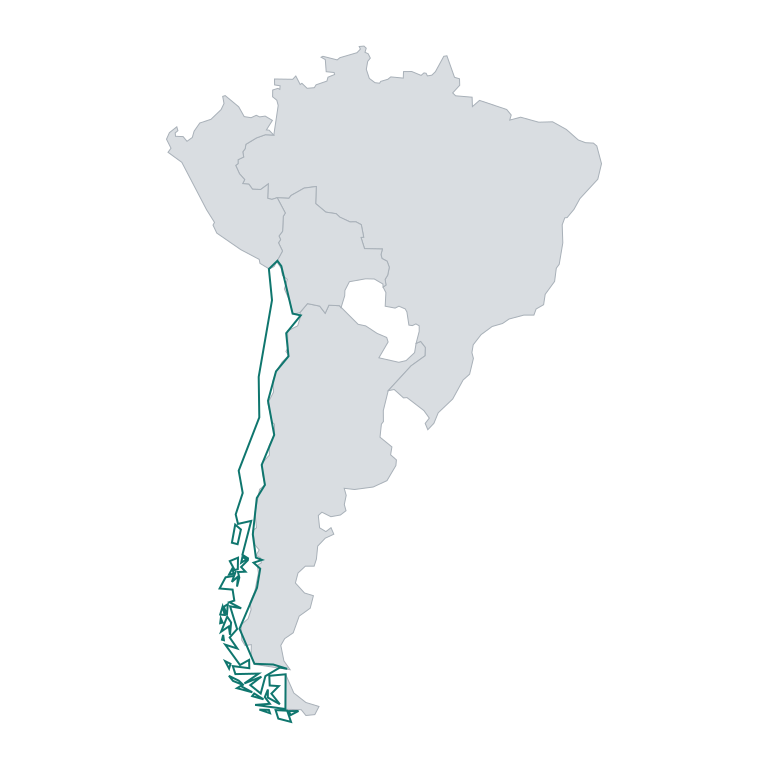 Chile highlighted among its neighbors
{"feature_id": "CHL", "entity_name": "Chile", "entity_type": "country or territory", "adm_level": 0, "iso_a3": "CHL", "parent_name": "South America", "parent_adm1": "", "projection": "mercator", "projection_center": [-72.304, -36.699], "detail": "medium", "context": "with_neighbors", "style": "outline", "palette": "teal", "viewbox_px": 768, "rotation_deg": 0, "n_neighbors": 4, "source": "natural_earth", "source_scale": "50m", "svg_char_len": 6874}
<svg xmlns="http://www.w3.org/2000/svg" viewBox="0 0 768 768"><path d="M285.5,674.1L293.8,693.0L305.9,702.5L319.0,706.5L314.8,714.6L305.9,715.5L301.2,709.7L285.6,709.3L285.5,674.1ZM388.2,390.7L383.3,410.6L383.4,421.6L381.4,424.1L380.0,437.2L391.9,446.9L390.6,454.8L396.4,459.9L395.9,465.5L387.0,480.6L373.2,487.0L354.5,489.5L344.2,488.3L346.2,495.4L344.3,504.5L346.0,510.7L340.4,515.0L330.9,516.7L321.9,512.2L318.3,515.5L319.6,527.8L325.9,531.6L331.0,527.7L333.8,534.2L325.2,538.2L317.7,546.1L316.4,559.1L314.1,566.2L305.3,566.2L298.0,573.0L295.4,583.0L304.5,593.0L313.4,595.7L310.2,608.2L299.2,616.1L293.2,632.8L284.7,638.6L280.8,645.4L283.9,660.9L290.1,669.7L255.0,664.5L251.1,655.7L251.3,644.6L245.1,645.6L241.8,640.2L241.0,624.9L248.1,618.7L251.1,609.7L250.0,602.7L254.9,590.9L258.4,573.1L257.4,565.3L261.4,562.8L260.4,557.9L256.1,555.3L259.2,549.9L255.0,545.0L252.8,530.3L256.5,527.8L255.0,512.6L259.6,489.3L265.2,485.0L262.4,473.4L262.4,462.7L269.4,455.1L269.2,445.6L274.5,434.5L274.5,424.2L272.1,422.2L267.8,403.1L273.6,392.0L272.7,381.6L276.0,371.9L282.1,362.0L288.7,355.5L285.9,351.4L287.9,348.0L287.6,330.9L297.7,325.8L300.9,315.2L299.8,312.7L307.5,303.6L319.7,306.1L325.2,313.3L328.9,305.2L339.5,305.7L358.1,324.3L365.7,325.9L377.1,333.4L386.7,337.5L388.1,342.0L378.9,357.8L398.8,362.3L406.1,360.6L414.6,352.6L416.1,343.4L420.7,341.4L425.4,347.4L425.2,355.7L411.1,365.8L388.2,390.7Z" fill="#d9dde1" stroke="#a8b0b8" stroke-width="1"/><path d="M427.8,429.7L425.2,423.4L429.3,418.1L423.9,410.6L407.0,397.6L403.5,397.9L394.2,389.5L388.2,390.7L411.1,365.8L425.2,355.7L425.4,347.4L420.7,341.4L416.1,343.4L419.2,331.4L419.2,325.8L415.9,323.9L412.4,325.6L408.9,325.1L406.9,311.9L405.2,308.9L398.9,306.2L395.1,308.1L385.2,306.2L385.9,292.6L383.1,287.1L386.0,285.0L385.1,279.4L387.7,275.1L389.3,267.3L387.1,261.2L382.0,258.5L381.0,254.6L382.4,249.0L364.5,248.6L361.0,237.4L363.7,237.2L361.3,224.7L355.9,221.8L350.0,221.9L339.9,217.2L336.2,213.7L325.8,212.1L315.7,203.6L316.3,186.5L304.1,188.1L291.0,195.5L288.9,198.3L277.2,197.7L271.9,199.4L267.7,198.3L268.3,183.9L260.7,189.5L252.5,189.2L248.9,184.2L242.7,183.6L244.7,179.6L239.5,173.8L235.7,165.4L238.1,163.6L238.1,159.7L243.7,157.0L242.8,151.9L245.2,148.6L245.9,144.3L256.5,137.9L265.4,134.7L273.8,135.1L278.2,105.5L276.8,100.2L272.6,96.8L272.7,90.0L277.9,88.4L279.8,89.4L280.1,85.8L274.6,84.9L274.5,79.0L292.7,79.3L295.8,76.0L300.2,84.5L301.9,83.3L307.1,88.3L314.3,87.7L316.1,84.8L326.9,81.1L328.0,77.2L334.6,74.5L334.1,72.5L326.2,71.7L325.3,59.6L321.1,57.2L322.9,56.3L337.2,59.9L339.9,57.7L357.0,52.7L360.4,49.1L359.2,46.5L364.0,46.1L366.2,48.2L365.0,52.3L368.2,53.8L370.3,58.1L367.7,61.4L366.3,69.3L369.3,78.4L375.0,82.7L379.6,83.2L380.7,81.4L387.8,79.3L390.8,76.9L403.3,78.1L403.5,71.6L411.7,71.5L421.1,75.4L424.0,72.9L426.1,73.3L427.4,75.9L431.8,75.2L435.4,71.7L443.8,56.3L446.9,55.8L454.5,77.3L459.5,78.8L459.7,85.3L452.7,92.9L455.6,95.8L472.1,97.2L472.4,106.6L479.5,100.4L506.7,109.5L511.2,115.0L509.7,120.1L520.6,117.2L538.7,122.2L552.6,121.8L566.4,129.5L578.3,140.0L585.5,142.7L593.4,143.1L596.8,146.0L601.5,163.7L597.8,179.2L579.9,198.6L574.0,209.3L567.1,217.6L564.8,217.8L562.2,224.8L562.8,242.9L559.2,264.3L556.3,268.2L554.6,281.4L545.2,294.3L543.6,304.7L536.1,309.0L533.9,315.1L523.8,315.1L509.1,319.0L502.5,323.5L492.1,326.5L481.1,334.6L473.2,344.8L471.9,352.6L473.4,358.4L469.6,374.2L463.1,380.0L452.7,399.0L438.2,412.8L433.9,423.3L427.8,429.7Z" fill="#d9dde1" stroke="#a8b0b8" stroke-width="1"/><path d="M277.2,197.7L288.9,198.3L291.0,195.5L304.1,188.1L316.3,186.5L315.7,203.6L325.8,212.1L336.2,213.7L339.9,217.2L350.0,221.9L355.9,221.8L361.3,224.7L363.7,237.2L361.0,237.4L364.5,248.6L382.4,249.0L381.0,254.6L382.0,258.5L387.1,261.2L389.3,267.3L387.7,275.1L385.1,279.4L386.0,285.0L383.1,287.1L382.9,284.0L374.3,279.0L365.6,278.8L349.4,281.7L344.9,290.4L344.7,295.8L341.0,307.8L339.5,305.7L328.9,305.2L325.2,313.3L319.7,306.1L307.5,303.6L299.8,312.7L293.1,314.1L289.4,300.2L284.4,289.0L287.3,279.4L282.4,275.3L281.2,268.2L276.6,261.5L282.5,251.0L278.5,242.8L280.6,239.6L279.0,236.0L282.6,231.2L283.3,216.3L285.3,213.0L277.2,197.7Z" fill="#d9dde1" stroke="#a8b0b8" stroke-width="1"/><path d="M273.8,135.1L265.4,134.7L256.5,137.9L245.9,144.3L245.2,148.6L242.8,151.9L243.7,157.0L238.1,159.7L238.1,163.6L235.7,165.4L239.5,173.8L244.7,179.6L242.7,183.6L248.9,184.2L252.5,189.2L260.7,189.5L268.3,183.9L267.7,198.3L271.9,199.4L277.2,197.7L285.3,213.0L283.3,216.3L282.6,231.2L279.0,236.0L280.6,239.6L278.5,242.8L282.5,251.0L274.1,266.5L269.3,269.0L260.0,263.4L259.2,259.4L240.7,249.6L216.8,233.1L213.0,225.1L214.5,222.4L206.6,209.8L181.8,162.3L168.0,152.3L171.0,148.2L166.5,139.2L169.4,132.7L176.8,126.8L177.9,130.7L175.2,132.9L175.5,136.3L183.1,136.6L187.0,141.3L192.3,137.5L194.1,131.2L199.8,123.0L211.0,119.3L221.1,109.6L224.0,103.5L222.7,96.4L225.2,95.6L238.7,106.8L244.2,116.6L251.1,117.7L256.3,115.3L259.6,116.9L265.2,116.1L272.4,120.4L266.4,129.9L269.1,130.2L273.8,135.1Z" fill="#d9dde1" stroke="#a8b0b8" stroke-width="1"/><path d="M268.9,269.0L277.4,260.8L281.3,266.1L292.6,313.6L300.7,315.4L286.2,333.2L288.5,356.3L276.0,371.4L268.0,400.8L274.2,434.9L261.7,464.9L264.9,484.9L256.8,498.0L252.8,534.4L255.9,557.6L262.0,559.9L253.6,562.7L260.2,568.7L257.0,587.8L239.5,628.7L254.4,663.8L273.2,664.5L287.2,668.8L279.9,667.5L265.4,676.1L260.7,693.5L250.3,685.1L261.4,676.7L244.4,683.4L258.7,673.6L235.4,674.1L232.8,666.1L249.3,668.2L249.1,659.9L240.0,665.0L225.3,644.7L237.3,648.5L229.7,637.5L237.1,629.1L230.1,606.3L241.2,608.3L229.4,602.2L234.3,600.6L232.6,589.6L219.6,588.5L225.6,577.3L234.1,575.9L235.9,571.0L231.9,581.9L238.0,576.5L237.0,586.6L239.3,577.6L238.0,572.0L245.5,571.7L241.1,567.0L247.8,560.3L248.0,558.3L242.4,554.8L251.2,520.9L238.0,523.9L235.7,514.4L242.7,493.0L238.7,470.7L259.3,417.4L258.7,376.9L272.0,300.2L268.9,269.0ZM285.6,674.3L285.4,709.0L255.1,704.9L269.9,703.8L264.8,697.1L267.9,689.5L267.8,697.5L279.8,704.2L271.4,693.6L278.8,686.1L269.7,685.5L269.3,675.8L285.6,674.3ZM237.6,544.2L231.9,542.7L235.2,524.6L240.9,529.5L237.6,544.2ZM231.1,622.5L230.0,634.8L228.8,626.4L221.1,631.7L227.2,616.6L231.1,622.5ZM275.6,710.1L287.2,710.7L291.0,721.9L278.3,718.6L275.6,710.1ZM238.0,557.7L237.8,569.2L234.6,570.0L229.8,561.1L238.0,557.7ZM240.7,686.0L252.3,692.3L237.0,688.2L240.7,686.0ZM254.2,693.5L263.5,699.3L252.2,696.1L254.2,693.5ZM298.5,711.0L290.8,715.0L288.6,711.1L298.5,711.0ZM227.8,604.2L226.9,615.1L223.9,606.7L227.8,604.2ZM224.7,615.0L220.2,614.5L222.6,606.6L224.7,615.0ZM246.9,559.2L241.2,562.7L242.4,557.2L246.9,559.2ZM225.2,661.2L230.5,663.8L229.1,668.6L225.2,661.2ZM228.9,675.8L238.8,680.7L243.6,685.2L233.0,680.9L228.9,675.8ZM233.4,573.8L229.1,574.5L232.6,568.0L233.4,573.8ZM259.4,709.6L268.9,709.9L270.0,713.2L259.4,709.6ZM220.8,618.4L222.6,622.6L220.2,623.2L220.8,618.4ZM223.2,634.9L223.9,640.2L222.0,639.7L223.2,634.9Z" fill="none" stroke="#0f766e" stroke-width="2"/></svg>